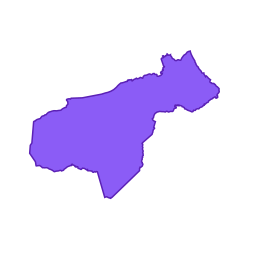 Morazan, Yoro, Honduras, rotated 62°
{"feature_id": "27666195B65366922355243", "entity_name": "Morazan", "entity_type": "district", "adm_level": 2, "iso_a3": "HND", "parent_name": "Honduras", "parent_adm1": "Yoro", "projection": "natural_earth1", "projection_center": [-87.562, 15.347], "detail": "fine", "context": "isolated", "style": "filled", "palette": "violet", "viewbox_px": 256, "rotation_deg": 62, "n_neighbors": 0, "source": "geoboundaries", "source_scale": "gbopen_adm2", "svg_char_len": 5639}
<svg xmlns="http://www.w3.org/2000/svg" viewBox="0 0 256 256"><g transform="rotate(62 128 128)"><path d="M89.3,36.9L88.9,38.2L88.8,40.1L89.8,42.2L90.0,44.6L91.6,47.9L92.7,49.2L92.9,49.7L92.5,50.4L91.5,51.3L91.2,51.9L91.1,52.3L91.2,53.0L91.2,53.6L90.9,54.2L90.5,54.7L90.0,54.9L89.1,55.0L87.3,56.2L86.3,56.1L84.7,56.2L84.0,56.6L83.2,56.1L83.2,56.9L82.8,57.6L82.6,58.4L81.3,58.5L80.9,58.7L81.0,58.9L81.9,59.6L82.1,59.9L82.1,60.3L81.7,60.9L82.2,61.6L82.3,62.0L82.1,62.5L80.8,62.9L80.7,63.2L80.6,63.6L80.8,63.7L81.9,63.5L82.4,63.6L82.5,64.1L82.2,64.9L82.2,65.5L82.4,66.0L82.7,66.3L87.8,67.1L89.7,67.5L90.2,67.5L90.5,67.3L90.7,67.0L90.9,67.0L91.1,67.2L91.3,68.7L91.4,69.0L92.3,69.3L92.8,70.1L93.3,69.7L93.6,69.9L93.8,70.6L93.9,72.3L94.3,73.1L94.8,73.3L95.4,73.2L95.6,72.9L95.7,72.2L95.8,72.0L96.4,72.6L96.7,73.6L96.9,74.3L96.9,75.0L96.6,77.0L96.1,77.7L95.9,77.9L95.6,77.9L94.7,77.5L94.3,77.5L93.9,77.8L93.5,78.7L93.3,79.1L93.0,79.2L92.3,79.2L92.2,79.4L91.7,80.3L92.0,81.3L91.8,82.4L90.6,83.3L90.4,83.6L90.2,84.2L90.1,85.0L90.0,86.8L89.3,88.8L89.4,89.1L89.6,90.1L90.4,91.1L90.8,91.4L90.9,91.6L90.7,92.0L90.0,92.5L89.1,93.4L89.1,93.7L89.3,94.4L89.2,95.5L88.9,96.4L88.9,96.7L88.7,96.9L87.9,97.3L88.1,98.1L87.9,99.8L88.3,101.3L88.4,102.1L88.3,102.3L88.0,102.3L87.8,102.1L87.5,101.9L86.9,102.1L86.5,103.7L85.9,104.4L86.1,105.1L85.6,105.5L85.7,105.8L86.0,106.1L85.9,106.3L86.0,106.5L86.5,106.8L86.0,108.4L85.8,110.0L85.4,111.9L84.9,113.2L85.4,115.6L85.9,117.3L86.6,119.1L87.4,122.6L87.5,125.7L87.1,129.0L86.4,131.7L85.7,135.5L79.9,154.2L75.0,164.3L75.4,165.0L75.4,165.3L74.8,165.9L74.4,166.6L74.0,168.1L74.0,168.8L74.4,169.1L74.8,169.2L76.4,168.8L78.6,169.8L78.9,170.2L79.3,171.6L79.8,172.2L80.4,172.5L80.7,173.0L80.3,174.2L80.3,176.5L80.5,178.0L80.8,179.0L80.0,180.9L79.3,183.0L78.0,185.2L77.4,187.2L77.3,188.3L77.0,189.3L77.0,190.1L76.8,190.8L77.3,192.9L77.8,193.9L77.4,195.4L77.7,196.3L77.3,198.0L77.3,198.7L77.7,199.5L77.9,200.1L78.3,200.6L78.4,201.2L78.3,201.9L78.0,203.0L77.8,204.5L78.0,206.4L78.3,207.0L78.0,207.5L78.0,207.8L78.2,208.4L96.1,219.9L97.4,222.4L104.2,226.7L114.4,225.6L118.2,226.9L118.4,226.8L118.5,226.5L119.6,223.7L121.1,222.8L122.9,222.2L123.6,220.9L124.1,220.2L124.7,218.7L125.4,217.8L127.2,216.8L128.5,215.6L129.9,214.6L130.7,214.2L131.8,213.7L132.0,213.5L132.5,211.3L133.2,209.8L133.5,207.9L134.0,207.1L134.5,207.0L134.7,206.9L135.0,205.1L134.9,204.5L134.4,203.6L134.3,202.3L133.8,199.7L133.8,199.3L134.1,197.3L134.2,196.3L134.5,195.9L134.6,195.5L134.5,195.2L133.7,194.9L133.7,194.6L133.8,194.3L134.0,194.1L134.7,194.1L134.9,193.7L135.3,193.5L135.6,193.2L135.9,193.1L136.2,192.8L136.5,192.8L137.0,192.9L137.2,192.2L137.7,192.4L138.1,192.3L138.2,192.0L138.3,191.0L138.6,190.6L139.2,190.8L139.6,190.8L140.2,191.0L141.3,189.9L142.4,189.1L142.6,188.7L142.1,187.1L142.7,186.3L142.9,185.9L143.2,185.5L145.5,184.2L145.5,183.4L145.6,183.2L145.9,183.3L146.3,183.8L146.7,183.7L147.3,182.9L148.1,181.4L148.7,180.8L149.0,180.1L150.1,180.0L150.6,179.7L150.9,179.3L150.9,177.8L151.1,177.6L151.4,177.5L151.6,177.4L151.7,177.1L151.7,176.2L152.3,175.6L178.3,181.1L178.3,180.4L178.6,179.9L178.7,179.0L180.2,178.1L181.1,177.1L181.8,176.6L182.0,176.2L181.5,175.6L181.7,175.1L181.7,174.6L171.1,137.8L169.3,136.9L168.9,136.5L168.4,135.9L168.8,135.7L168.3,133.2L166.9,131.8L166.6,131.8L165.8,132.0L165.1,131.6L164.3,131.9L163.2,131.2L162.6,130.7L162.4,130.2L161.4,129.7L160.8,129.1L160.8,128.9L160.0,128.7L159.6,128.2L159.5,127.6L159.3,127.4L158.7,127.2L157.3,126.6L156.4,126.5L156.0,125.8L155.0,125.3L153.9,125.3L153.2,125.0L152.9,124.8L152.3,124.1L150.9,123.9L150.1,123.1L149.5,122.7L149.0,122.6L148.8,122.7L148.7,122.9L148.4,122.9L148.1,122.6L147.8,122.0L144.9,109.7L144.3,109.2L143.5,108.2L142.3,107.3L141.3,106.3L140.9,104.8L140.3,104.6L139.5,105.0L135.2,100.8L134.4,101.5L133.1,102.2L132.0,102.3L131.3,102.2L131.2,101.9L131.1,101.3L130.9,100.7L129.2,99.3L128.1,97.7L127.8,97.0L127.7,95.1L127.5,94.7L127.9,93.8L128.2,92.3L129.6,90.2L130.2,89.0L131.4,87.5L131.4,87.1L131.3,86.5L131.3,86.2L131.8,85.5L132.6,85.0L133.0,84.6L133.3,82.6L133.5,82.2L134.1,81.4L134.3,80.9L134.2,80.2L132.6,78.1L132.6,77.5L132.9,76.4L132.8,75.9L132.6,75.8L132.3,75.8L131.4,76.4L131.0,76.6L130.5,76.3L130.0,75.7L130.0,75.4L130.8,74.9L131.4,74.3L131.3,74.1L130.8,73.8L131.5,72.5L131.9,72.9L132.2,72.8L132.4,72.4L132.5,71.7L132.8,71.3L133.0,70.9L133.7,70.3L134.0,70.1L134.7,70.2L135.3,69.4L136.5,68.7L137.5,69.0L137.8,68.9L138.0,68.5L138.3,68.2L140.4,66.9L142.2,65.2L143.6,64.2L143.9,63.6L144.0,63.2L143.9,62.8L143.6,62.3L143.2,62.2L143.1,61.9L143.2,61.6L143.9,60.7L144.0,60.3L143.9,60.0L143.4,59.2L143.6,57.6L144.2,56.8L144.3,56.6L144.3,56.3L143.8,55.3L143.8,54.5L144.0,53.2L144.0,52.4L143.9,51.9L143.6,51.3L143.5,51.1L143.6,50.9L143.4,50.5L143.7,50.1L143.7,49.9L143.5,49.7L142.8,49.5L142.6,49.3L142.7,49.1L143.2,48.5L143.0,47.8L142.6,46.6L142.6,46.3L142.9,45.7L142.9,45.3L142.6,44.7L141.9,44.1L141.9,42.7L141.5,41.8L141.7,40.6L141.7,39.5L141.3,38.6L141.5,38.2L141.3,37.1L141.7,36.3L142.1,36.1L142.8,36.4L143.1,36.1L143.2,35.2L143.0,34.4L142.4,34.1L141.8,33.9L141.8,34.1L141.6,34.1L140.9,34.1L140.2,33.4L139.5,31.5L138.9,30.5L138.3,30.2L137.2,29.9L136.4,29.3L135.9,29.1L133.5,29.8L132.6,30.4L130.5,30.6L130.1,31.2L129.5,31.1L129.1,31.2L128.9,31.4L128.5,32.1L128.2,32.9L127.3,33.1L126.6,33.9L126.3,34.0L125.8,34.0L125.2,33.8L124.2,32.5L121.8,33.6L120.7,33.8L118.8,34.4L118.7,34.5L119.1,35.5L117.5,35.5L116.3,35.7L115.0,35.2L114.6,36.3L114.1,36.8L113.7,37.0L112.4,36.7L108.7,37.6L108.2,37.6L107.3,37.3L106.1,37.9L103.8,38.1L103.4,38.0L102.9,37.8L101.1,37.9L100.4,37.5L96.0,37.7L92.7,37.6L90.0,37.2L89.3,36.9Z" fill="#8b5cf6" stroke="#5b21b6" stroke-width="1.5"/></g></svg>